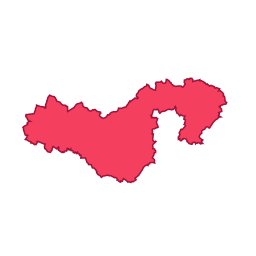 outline of Baltinglass Lea-6, Wicklow, Ireland, rotated 254°
{"feature_id": "5873133B22148829487271", "entity_name": "Baltinglass Lea-6", "entity_type": "district", "adm_level": 2, "iso_a3": "IRL", "parent_name": "Ireland", "parent_adm1": "Wicklow", "projection": "mercator", "projection_center": [-6.547, 52.958], "detail": "fine", "context": "isolated", "style": "filled", "palette": "rose", "viewbox_px": 256, "rotation_deg": 254, "n_neighbors": 0, "source": "geoboundaries", "source_scale": "gbopen_adm2", "svg_char_len": 5922}
<svg xmlns="http://www.w3.org/2000/svg" viewBox="0 0 256 256"><g transform="rotate(254 128 128)"><path d="M175.4,57.1L173.0,55.1L171.8,55.0L171.4,54.6L170.9,54.8L170.0,54.3L169.9,53.6L171.2,53.2L171.9,52.1L172.5,50.1L175.2,46.4L173.7,45.9L172.2,44.5L170.8,43.9L167.7,41.6L168.7,35.0L169.0,33.7L167.4,32.9L165.9,33.5L163.2,34.0L161.4,35.8L161.7,34.6L161.4,33.8L160.7,32.5L160.4,32.3L159.7,32.8L159.2,32.2L158.9,31.7L158.3,28.7L157.6,27.2L156.8,27.5L155.1,27.1L149.6,27.3L149.2,27.8L149.2,28.8L148.5,29.5L148.4,29.2L146.6,27.8L145.3,26.1L144.2,27.9L142.4,29.3L141.4,30.9L140.4,30.5L139.6,32.3L137.8,33.5L137.9,34.8L137.5,35.0L138.5,36.2L139.9,37.0L139.5,37.4L139.8,37.9L135.8,42.8L135.4,43.9L133.3,42.6L131.2,42.3L131.1,42.8L127.4,44.2L126.0,46.5L126.1,46.9L127.5,48.3L127.4,48.6L129.9,50.0L130.9,51.0L129.5,51.9L128.0,53.7L127.9,54.5L128.7,55.2L128.8,56.1L127.4,55.8L127.2,54.9L127.0,55.5L125.8,55.1L122.8,57.6L123.1,58.5L122.3,58.8L122.4,60.1L122.9,59.9L123.2,60.9L123.2,62.4L122.8,62.5L122.8,62.8L125.2,64.1L124.6,65.1L123.6,64.7L123.0,65.6L123.8,67.3L122.0,66.9L121.5,68.3L120.9,68.8L120.6,69.0L119.6,68.6L118.7,69.7L119.3,70.4L119.2,71.0L117.7,71.3L117.9,72.5L118.6,72.5L118.6,72.9L117.1,72.9L116.7,73.9L115.1,74.0L115.3,74.8L115.1,75.2L113.0,74.8L112.1,74.3L111.0,78.8L105.9,79.2L104.6,80.3L103.7,80.0L102.8,82.6L99.5,82.7L99.0,84.2L96.5,85.6L95.4,85.6L94.7,86.2L93.6,85.5L91.4,86.4L89.8,88.2L88.7,88.3L87.9,88.8L88.7,90.9L88.4,92.5L88.3,95.6L87.2,96.7L87.1,98.0L86.6,98.6L83.9,101.5L84.0,101.9L83.0,103.4L81.6,103.5L81.0,103.1L80.7,104.0L79.6,104.3L78.5,105.2L78.0,106.0L79.1,106.4L78.4,107.9L80.6,109.7L78.7,111.4L76.0,113.0L76.3,113.6L74.8,115.8L75.6,117.0L74.9,117.9L75.9,121.4L76.3,121.6L77.8,120.9L79.6,125.3L80.0,125.3L81.7,127.9L82.2,128.0L83.8,130.2L85.9,132.0L87.2,134.6L87.2,136.0L86.4,136.8L87.8,137.7L87.6,138.9L88.4,139.2L88.6,139.9L88.0,142.4L87.0,144.0L88.2,144.0L89.3,144.6L90.6,144.5L92.7,143.2L95.1,145.5L96.9,146.4L96.8,147.8L98.6,148.3L99.5,147.6L100.5,147.8L101.4,146.0L102.6,146.7L104.5,146.9L105.3,147.5L107.3,151.2L107.7,150.9L107.4,150.1L108.0,149.1L109.8,148.4L115.3,150.7L115.6,149.6L115.9,149.6L117.7,150.6L119.5,150.7L120.0,151.0L120.2,151.6L119.9,153.4L120.5,155.1L120.2,156.0L120.5,157.3L125.5,156.8L128.9,159.1L129.3,158.5L130.2,158.2L130.4,157.4L130.2,156.3L130.9,155.9L130.7,154.9L131.5,154.5L131.4,153.6L133.1,153.7L133.1,154.1L133.4,154.2L133.6,154.0L133.4,153.6L133.8,153.4L134.3,154.7L134.9,155.3L137.9,157.0L138.7,158.1L137.9,159.5L137.7,160.3L138.0,160.7L138.0,161.6L137.8,161.9L137.3,161.7L136.1,162.3L134.7,162.1L133.3,162.7L134.5,164.8L134.1,168.3L134.7,170.4L134.8,172.8L133.5,174.7L133.4,175.3L133.7,176.0L133.4,176.8L134.2,178.3L134.5,178.7L135.3,178.7L135.7,179.4L133.7,179.7L132.1,178.7L130.5,179.1L129.0,179.0L128.6,179.7L125.3,181.1L126.3,182.4L124.8,183.7L123.7,185.9L123.4,185.3L121.1,184.1L120.4,185.3L118.1,184.6L117.6,184.0L116.8,184.0L116.1,182.9L115.5,183.5L114.3,183.9L111.5,179.9L112.1,179.2L112.0,178.2L111.0,177.7L109.2,175.8L107.3,176.2L106.6,175.1L105.6,174.6L105.5,173.9L103.2,173.3L103.4,174.9L101.9,174.6L101.3,175.0L101.1,176.1L102.3,177.4L102.4,177.9L102.1,178.3L102.5,178.7L101.5,180.6L100.0,181.2L98.6,181.0L98.4,181.5L96.3,182.3L94.8,184.6L94.8,185.2L95.9,185.6L95.7,186.1L96.0,186.7L96.1,188.0L95.4,188.5L94.2,188.6L94.7,189.2L94.3,190.3L94.8,191.3L93.6,192.8L93.5,193.4L92.8,193.3L92.9,194.0L92.6,194.5L93.1,194.9L92.9,195.3L94.0,194.7L95.1,195.0L95.4,195.4L95.2,195.9L95.9,196.6L97.0,195.4L98.7,194.3L100.0,194.0L101.3,195.0L102.3,196.4L102.5,197.4L105.0,198.1L105.4,199.0L105.6,201.1L106.2,202.1L107.3,203.1L107.4,204.3L107.0,205.0L105.8,205.8L105.5,206.4L109.9,211.4L110.6,212.5L111.9,214.9L112.2,216.6L113.4,218.4L113.1,220.2L114.1,219.2L113.9,218.4L114.7,218.2L116.2,219.6L117.1,219.8L117.8,219.5L118.1,222.7L120.4,223.1L123.2,221.6L123.2,222.7L124.1,223.0L124.1,225.7L124.5,226.9L124.1,227.8L124.0,228.7L125.2,229.9L126.8,228.8L131.8,229.5L132.5,228.4L133.9,229.1L135.4,228.9L138.7,226.9L139.0,226.4L138.9,225.4L140.4,226.9L142.3,224.2L142.3,222.7L143.6,222.6L144.6,221.6L144.4,221.3L146.1,219.7L146.1,218.8L145.8,217.9L147.2,217.2L147.5,216.7L148.4,216.5L148.2,215.7L148.7,215.4L148.6,215.1L150.2,214.5L150.2,213.9L151.4,213.6L153.4,211.3L153.3,210.7L153.5,210.1L154.7,210.4L154.4,208.9L154.7,208.1L154.8,203.2L156.3,203.7L158.2,203.0L158.4,202.0L158.1,200.6L158.5,200.7L158.3,200.1L159.0,198.4L158.4,196.9L158.5,195.4L156.1,194.6L154.8,195.2L154.2,195.1L153.8,194.1L152.4,192.8L152.2,191.5L153.6,190.8L154.4,188.4L154.9,185.4L156.1,183.2L156.7,183.2L158.2,182.0L159.4,181.9L160.8,180.8L161.6,180.7L163.8,179.1L164.2,178.2L162.4,177.5L161.0,176.4L161.0,175.1L161.5,173.9L163.8,173.0L163.2,171.6L164.2,168.0L164.0,167.3L162.9,166.6L161.4,166.8L156.8,164.8L157.2,163.8L160.3,160.3L161.1,159.9L162.9,159.8L164.1,159.1L164.8,158.1L163.2,157.4L163.1,155.3L162.0,153.0L161.7,152.2L161.9,151.6L160.8,148.7L158.9,147.1L158.4,146.0L157.3,145.1L156.2,144.8L155.5,145.5L154.2,146.0L153.7,145.0L154.4,144.9L154.4,143.7L154.9,143.1L154.6,142.0L154.1,141.6L153.9,140.3L153.1,138.6L153.4,137.6L152.9,137.3L153.3,137.1L152.5,136.5L152.6,136.2L152.3,135.7L151.3,135.0L150.3,133.4L148.7,131.8L148.9,130.8L148.8,130.2L149.0,129.9L148.6,127.5L149.7,124.3L148.5,123.9L147.2,122.4L146.9,121.5L146.9,120.8L147.6,119.0L147.6,116.3L146.9,114.7L146.0,114.1L145.9,113.3L146.3,111.9L144.8,110.6L144.2,108.7L144.1,106.9L145.6,105.2L147.9,103.9L149.0,104.5L149.5,105.8L150.8,106.0L152.4,103.0L154.8,101.5L154.7,101.1L155.1,100.5L154.8,99.9L155.3,99.0L154.5,97.1L154.9,96.0L156.6,94.6L156.8,94.9L158.7,94.1L159.3,92.5L160.7,91.1L162.2,90.7L163.8,91.1L165.6,90.3L165.1,89.1L165.2,85.7L164.7,84.5L162.6,81.9L160.5,74.6L165.3,75.8L165.8,74.5L166.5,74.6L167.2,73.9L167.7,72.1L169.1,70.7L171.4,69.9L173.4,67.0L176.8,66.5L178.2,65.9L178.7,65.3L179.2,64.0L181.2,61.7L179.2,59.2L177.2,58.3L176.5,57.3L175.4,57.1Z" fill="#f43f5e" stroke="#9f1239" stroke-width="1.5"/></g></svg>